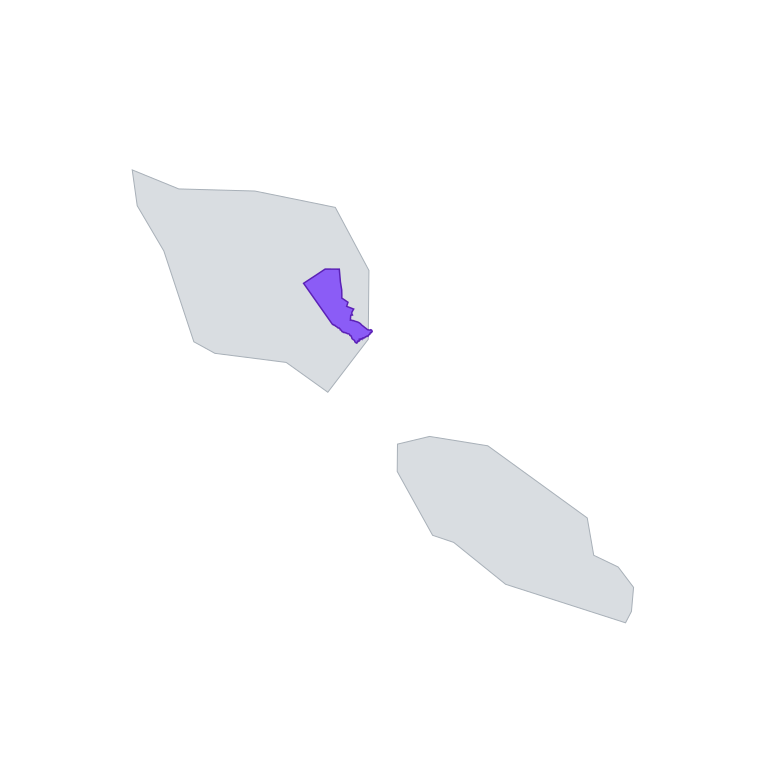 Faasaleleaga II, Fa'asaleleaga, Samoa (highlighted), rotated 18°
{"feature_id": "51752279B41947218323139", "entity_name": "Faasaleleaga II", "entity_type": "district", "adm_level": 2, "iso_a3": "WSM", "parent_name": "Samoa", "parent_adm1": "Fa'asaleleaga", "projection": "robinson", "projection_center": [-172.209, -13.636], "detail": "fine", "context": "in_parent", "style": "filled", "palette": "violet", "viewbox_px": 768, "rotation_deg": 18, "n_neighbors": 0, "source": "geoboundaries", "source_scale": "gbopen_adm2", "svg_char_len": 3267}
<svg xmlns="http://www.w3.org/2000/svg" viewBox="0 0 768 768"><g transform="rotate(18 384 384)"><path d="M283.1,231.1L334.6,280.7L355.2,346.4L333.1,409.2L284.3,393.7L213.7,407.1L190.1,402.6L133.5,325.5L94.2,290.7L78.4,258.2L128.5,261.9L201.5,240.4L283.1,231.1ZM687.5,536.5L561.5,536.9L499.2,513.1L477.0,512.9L423.6,463.1L415.4,437.0L443.5,419.8L501.8,410.7L618.7,448.6L636.4,482.1L663.3,485.7L684.2,500.3L689.6,523.8L687.5,536.5Z" fill="#d9dde1" stroke="#a8b0b8" stroke-width="1"/><path d="M345.0,353.5L345.0,353.2L345.1,352.7L345.2,353.1L345.3,353.3L345.4,353.5L345.5,353.5L345.5,353.3L345.4,353.3L345.3,353.2L345.5,352.8L345.6,352.7L345.8,352.5L345.8,352.1L345.9,351.8L346.0,351.7L345.9,351.5L346.1,351.4L345.7,351.5L345.7,351.4L345.9,351.2L346.2,351.2L346.5,351.3L346.6,351.0L346.8,351.0L347.0,350.9L346.9,350.4L347.0,350.5L347.3,350.4L347.3,350.1L347.5,349.7L347.6,349.4L347.5,349.2L347.4,349.2L347.5,349.0L347.4,348.8L347.5,348.8L347.6,348.5L347.8,348.4L348.2,348.6L348.4,348.6L348.5,348.5L348.6,348.3L348.6,348.0L348.8,347.7L349.0,347.5L349.4,347.2L349.5,346.9L349.7,346.7L349.9,346.6L350.0,346.9L350.1,346.5L350.5,346.5L350.7,346.4L350.9,346.3L351.1,346.2L351.3,346.0L351.3,345.8L351.5,345.7L351.5,345.4L351.6,345.1L351.7,344.9L351.8,344.8L352.1,344.8L352.3,344.6L352.4,344.4L352.6,344.3L352.7,344.0L352.9,344.0L352.9,343.9L353.1,343.8L353.4,343.7L353.5,343.5L353.6,343.4L353.8,343.1L354.0,343.2L354.0,342.9L354.2,342.6L354.3,342.4L354.4,342.1L354.5,341.9L354.6,341.5L354.8,341.3L355.0,341.2L355.2,340.9L355.1,340.7L355.1,340.2L355.1,339.9L355.2,339.5L355.4,339.5L355.4,339.3L355.4,339.2L355.5,338.9L355.8,338.7L356.0,338.7L356.2,338.8L356.3,338.5L356.3,338.3L356.5,337.9L356.5,337.6L356.4,337.4L356.0,337.0L355.7,336.7L355.2,336.5L354.6,336.5L354.5,336.9L353.4,337.2L352.9,337.3L351.5,337.4L350.6,337.0L348.0,336.1L346.8,335.6L345.9,335.3L344.2,334.7L343.7,334.3L342.1,333.6L340.1,333.2L337.7,333.2L337.2,333.3L336.0,333.2L335.6,333.1L335.3,333.2L334.7,333.4L334.3,333.4L333.7,333.3L333.2,333.4L332.3,333.7L332.2,333.2L331.9,332.3L331.7,331.4L331.6,330.9L331.2,329.3L331.1,328.9L331.6,328.7L331.9,328.5L332.3,328.4L332.7,328.1L331.8,327.3L331.4,326.4L331.3,325.5L332.0,322.1L324.5,321.7L324.5,319.8L324.5,317.4L317.3,315.3L316.4,312.4L314.7,307.6L311.0,300.4L306.0,288.6L292.5,292.9L279.6,309.1L276.4,313.1L316.4,343.1L316.8,343.3L317.2,343.3L317.4,343.1L317.7,343.2L318.1,343.5L318.8,343.5L319.0,343.3L319.3,343.4L319.5,343.7L320.0,343.9L320.3,344.0L320.8,344.0L321.1,344.1L321.4,344.2L321.8,344.4L322.2,344.5L322.6,344.7L323.0,344.9L323.3,344.9L323.7,344.7L323.9,344.6L324.3,344.7L324.5,344.9L324.9,345.0L325.1,345.2L325.4,345.5L325.5,345.8L325.6,346.0L326.0,346.0L326.7,346.1L327.0,346.4L327.3,346.6L327.6,346.9L328.1,347.2L328.4,347.0L328.6,347.0L329.1,347.3L329.3,347.4L329.7,347.5L329.9,347.4L330.6,347.1L331.0,347.3L331.4,347.3L331.5,347.1L331.8,347.1L332.6,347.2L333.1,347.3L333.6,347.5L334.0,347.3L335.2,347.2L335.6,347.4L336.1,347.6L336.5,348.3L336.9,348.4L337.5,348.4L338.0,348.5L338.2,349.0L338.3,349.1L338.7,349.4L339.0,349.9L339.3,350.3L339.5,350.7L339.7,350.8L340.3,351.0L340.8,351.2L341.3,351.4L342.0,351.5L342.6,351.8L343.1,352.6L343.3,352.9L343.5,353.0L344.3,353.4L345.0,353.5Z" fill="#8b5cf6" stroke="#5b21b6" stroke-width="1.5"/></g></svg>